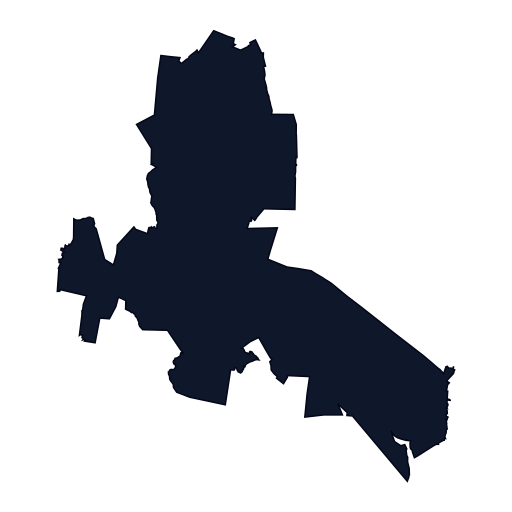 Asientos, Aguascalientes, Mexico (Natural Earth projection)
{"feature_id": "50627088B20342766547871", "entity_name": "Asientos", "entity_type": "district", "adm_level": 2, "iso_a3": "MEX", "parent_name": "Mexico", "parent_adm1": "Aguascalientes", "projection": "natural_earth1", "projection_center": [-102.056, 22.132], "detail": "fine", "context": "isolated", "style": "filled", "palette": "ink", "viewbox_px": 512, "rotation_deg": 0, "n_neighbors": 0, "source": "geoboundaries", "source_scale": "gbopen_adm2", "svg_char_len": 5957}
<svg xmlns="http://www.w3.org/2000/svg" viewBox="0 0 512 512"><path d="M142.7,329.7L167.5,330.3L179.9,348.8L183.1,353.0L182.6,353.3L181.7,352.6L180.8,352.9L180.6,353.4L180.6,354.3L180.8,354.8L180.2,355.1L180.2,356.1L178.7,356.8L177.7,357.6L177.4,357.9L176.8,357.9L175.0,358.4L174.5,359.9L173.6,360.6L173.3,361.3L173.3,362.4L173.7,363.6L174.6,364.6L175.2,364.4L175.6,365.1L175.7,366.2L175.3,367.4L175.3,368.1L174.6,368.5L174.2,369.3L173.6,369.5L172.0,369.6L171.3,369.4L170.2,369.7L168.8,371.8L168.4,372.0L168.5,372.2L168.5,374.0L169.5,376.3L169.7,379.1L170.6,380.8L173.2,384.2L173.5,387.5L176.7,392.2L189.6,397.2L225.3,404.8L230.6,369.8L234.0,370.1L234.7,369.3L234.8,367.7L236.3,367.9L236.8,368.7L237.1,369.8L237.4,370.6L237.6,370.6L237.8,370.8L238.1,371.8L239.1,372.1L239.4,372.5L240.1,372.7L240.5,373.0L240.7,372.9L240.8,372.2L241.6,372.2L241.8,372.1L242.3,371.1L242.2,370.5L243.0,369.9L243.5,369.1L243.8,367.6L243.7,367.0L243.7,366.3L244.8,366.9L245.7,364.7L246.6,363.8L250.2,361.8L252.4,361.2L254.4,360.2L256.6,359.6L258.9,359.9L258.1,358.9L257.9,358.0L256.7,357.0L256.2,356.2L254.3,355.1L253.8,354.6L253.4,353.8L252.9,353.3L251.8,351.8L250.6,351.5L249.9,351.5L249.6,352.0L249.5,353.5L249.2,353.9L248.9,354.0L248.4,353.3L247.7,353.5L246.9,352.8L246.3,352.9L245.1,352.2L244.5,351.5L244.4,350.8L244.0,349.8L243.3,348.8L242.7,348.3L241.6,348.1L250.0,341.8L258.7,337.5L266.6,351.4L270.4,357.9L271.9,359.0L270.8,360.8L269.8,361.7L271.0,365.6L271.2,370.0L274.0,373.7L277.4,376.7L276.5,378.2L283.5,383.7L287.3,377.4L287.7,375.6L309.6,376.6L307.1,393.8L304.8,417.1L324.0,414.9L342.4,414.9L338.0,403.9L347.2,412.6L346.9,415.5L352.5,416.0L407.3,481.3L408.8,477.3L409.0,475.5L409.4,474.9L409.2,468.4L407.6,461.9L407.7,457.2L406.8,455.6L406.1,450.1L406.8,449.0L406.1,448.6L406.3,447.9L404.8,444.6L400.8,445.7L394.6,441.6L393.0,437.2L391.1,430.6L392.2,433.1L393.7,434.9L395.1,436.3L397.4,437.7L401.0,439.0L406.1,440.4L406.7,440.4L406.8,439.8L407.4,440.0L407.3,440.5L410.6,440.8L410.0,443.0L410.2,447.5L410.6,448.8L412.1,450.2L412.7,452.8L414.4,457.7L417.0,456.3L433.5,445.8L436.3,444.2L436.4,444.4L438.5,444.3L438.2,443.2L443.2,440.4L444.2,440.3L444.5,438.5L445.6,438.6L444.7,436.5L444.9,436.4L445.5,434.1L446.1,433.1L446.1,431.5L446.3,431.0L446.3,430.1L446.5,429.0L447.2,429.0L446.6,424.8L446.7,422.9L446.4,421.8L446.3,420.0L445.9,419.4L447.0,419.8L447.5,418.0L448.0,417.1L446.0,416.0L446.5,413.2L447.3,413.5L447.2,410.8L446.0,408.3L447.1,408.5L446.9,408.2L447.7,405.5L447.9,405.3L447.9,404.8L447.5,405.0L447.5,403.5L447.0,403.3L447.1,400.0L450.2,400.3L450.2,400.1L449.5,399.5L448.6,399.2L448.1,399.2L447.2,398.7L447.7,391.1L446.1,390.8L446.8,389.3L447.5,385.2L447.8,384.3L448.4,383.6L448.6,383.7L449.3,382.8L448.2,382.1L446.7,380.8L453.3,373.7L453.6,373.2L454.3,370.4L454.7,369.9L453.1,368.9L453.0,368.5L453.6,367.1L453.4,367.0L452.9,368.3L448.4,368.0L448.4,367.8L447.4,366.3L445.9,366.8L443.7,373.6L439.7,369.3L438.7,368.7L435.9,366.4L432.4,363.3L423.2,355.5L396.4,334.8L361.9,307.6L347.1,296.3L331.3,283.3L324.5,279.0L322.6,277.7L315.7,273.7L311.2,270.8L299.0,268.7L287.1,267.0L267.8,259.2L270.3,250.6L277.4,227.8L247.7,228.5L246.8,228.1L247.5,227.2L248.9,222.9L248.9,221.7L249.8,220.9L250.9,221.4L251.6,220.4L251.3,217.7L251.5,217.4L254.4,220.0L254.6,220.4L254.9,220.3L256.5,217.9L256.3,217.8L263.9,208.8L294.9,209.5L295.4,178.2L294.9,176.0L295.6,171.8L295.6,166.0L296.4,165.5L296.5,164.6L295.7,163.9L295.9,157.4L296.4,157.7L296.9,157.7L297.0,157.4L296.4,135.1L296.2,133.8L296.3,124.6L293.3,114.5L271.5,114.3L272.1,110.8L271.7,108.8L270.7,105.5L270.3,103.2L269.1,98.9L268.9,96.7L268.4,95.1L268.1,95.2L266.2,87.9L266.6,87.9L266.0,85.1L264.2,78.8L265.0,75.1L264.6,71.4L263.6,66.6L264.6,66.3L265.5,66.2L263.3,57.4L263.4,52.9L261.4,53.0L260.6,50.9L255.4,39.9L249.9,42.5L250.5,44.8L248.4,45.7L248.6,46.5L248.0,46.6L241.1,49.9L240.2,50.0L232.4,46.8L235.4,44.7L233.3,43.6L234.2,38.7L232.3,37.8L228.0,36.5L213.7,30.7L198.5,52.8L197.0,50.0L196.8,50.2L196.9,50.4L190.5,55.4L189.0,56.8L189.2,57.4L187.4,59.2L186.8,59.1L181.5,63.5L178.7,61.0L180.0,57.6L170.0,56.6L160.9,55.5L157.7,77.8L154.4,115.0L136.5,124.4L151.5,148.5L151.2,163.3L152.5,163.5L151.3,164.5L152.6,165.0L156.6,167.3L152.4,170.0L150.8,171.8L149.0,172.9L148.1,174.0L147.9,175.0L147.5,175.3L147.3,175.9L147.0,177.6L146.8,179.1L146.9,179.8L147.6,181.0L147.6,182.3L147.9,182.8L147.9,184.1L148.4,186.6L148.9,187.9L149.6,188.8L149.6,190.1L150.0,192.5L151.8,195.9L151.1,201.3L150.8,202.8L152.2,205.5L153.5,206.9L153.9,206.9L155.1,209.6L156.2,213.1L156.0,214.8L156.1,214.2L156.6,214.1L156.8,220.1L158.3,223.1L157.0,224.7L156.8,228.3L155.6,228.6L155.1,228.2L154.6,226.8L153.4,227.1L152.2,227.9L151.3,226.9L151.1,227.3L151.4,227.8L149.5,227.5L149.5,228.5L148.7,228.1L148.1,230.5L147.5,233.7L135.6,229.3L133.9,226.9L117.3,245.1L116.8,253.2L113.4,264.9L104.7,259.5L96.4,229.5L96.2,228.8L94.4,227.0L93.8,225.3L94.6,223.6L93.2,218.4L91.8,218.2L90.1,217.2L88.6,217.3L88.3,217.5L87.9,217.5L87.8,217.8L84.8,218.7L84.0,218.5L82.7,218.7L82.2,219.3L81.8,219.3L81.8,219.5L81.3,219.5L80.0,220.0L76.8,220.2L75.0,219.5L73.8,218.8L73.6,236.4L73.4,239.4L70.6,244.5L68.9,244.3L68.8,246.1L65.8,245.7L65.3,245.0L65.2,245.1L64.9,246.4L64.8,249.2L63.8,249.0L63.0,248.3L61.2,248.2L61.0,249.1L61.2,249.4L60.8,250.0L64.0,252.0L63.1,252.1L63.1,253.6L62.3,253.4L61.9,255.3L62.6,255.7L62.7,256.6L62.5,257.5L62.9,257.4L62.9,258.3L61.1,259.1L58.7,259.4L59.0,260.0L59.1,262.6L60.9,262.8L58.4,268.2L58.9,268.3L57.3,291.4L59.5,291.3L60.0,290.8L60.1,289.6L86.5,295.8L83.4,304.1L82.6,310.2L82.0,310.5L81.9,315.3L79.4,335.4L80.6,334.6L82.0,335.2L82.6,335.3L82.6,335.6L82.0,337.6L82.4,337.7L82.7,338.0L83.2,339.3L82.8,339.9L84.0,339.5L85.1,340.1L84.5,341.1L95.1,342.8L99.8,318.1L109.4,318.8L115.8,306.7L118.2,297.9L118.7,297.3L125.8,300.6L125.6,309.2L129.8,311.2L131.6,312.6L132.7,312.4L135.7,315.6L135.4,316.2L137.0,317.8L139.0,322.7L138.9,323.0L138.8,323.7L139.1,324.8L139.6,326.3L142.7,329.7Z" fill="#0f172a" stroke="#020617" stroke-width="1.5"/></svg>